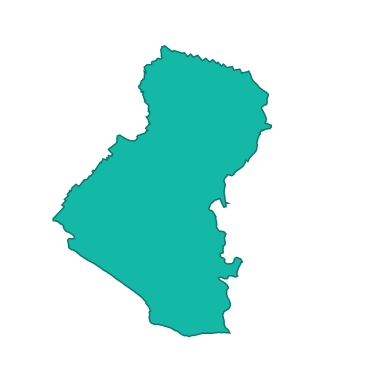 Ursulo Galván, Veracruz, Mexico, rotated 122°
{"feature_id": "50627088B70821360053618", "entity_name": "Ursulo Galván", "entity_type": "district", "adm_level": 2, "iso_a3": "MEX", "parent_name": "Mexico", "parent_adm1": "Veracruz", "projection": "equal_earth", "projection_center": [-96.381, 19.446], "detail": "fine", "context": "isolated", "style": "filled", "palette": "teal", "viewbox_px": 384, "rotation_deg": 122, "n_neighbors": 0, "source": "geoboundaries", "source_scale": "gbopen_adm2", "svg_char_len": 6067}
<svg xmlns="http://www.w3.org/2000/svg" viewBox="0 0 384 384"><g transform="rotate(122 192 192)"><path d="M59.4,207.9L61.0,208.9L64.8,213.1L62.5,216.5L66.5,221.1L64.3,224.2L68.1,228.5L66.9,233.0L69.5,233.9L68.3,238.8L69.9,239.3L68.8,244.4L72.3,245.9L71.4,251.2L75.2,252.8L73.0,259.6L76.9,262.3L75.7,266.1L79.5,267.6L77.9,272.4L79.4,273.7L81.7,282.5L83.6,283.0L82.5,292.6L83.7,293.3L85.0,294.6L85.9,294.0L87.9,293.8L91.8,290.6L92.9,290.1L93.8,289.0L94.8,288.3L95.4,288.4L96.0,289.5L96.3,291.0L97.2,292.0L98.6,292.3L99.2,292.1L99.9,292.3L102.5,294.8L103.5,295.0L105.1,293.9L106.0,294.4L107.8,297.6L111.5,298.7L111.9,298.3L112.2,297.5L113.2,296.8L113.5,295.8L114.6,294.7L115.5,294.3L115.1,296.3L115.7,295.7L117.8,294.4L121.2,292.6L122.0,292.7L122.3,293.5L122.6,293.4L122.7,293.1L123.9,293.3L124.5,293.8L129.3,292.6L129.4,293.1L130.9,293.2L132.0,291.7L132.1,289.7L132.7,289.0L134.0,288.3L134.1,287.4L133.0,287.2L132.5,286.4L132.8,286.1L133.7,286.2L135.5,285.2L136.4,284.3L136.6,283.6L137.2,283.2L138.1,282.3L139.0,280.0L139.7,280.5L140.3,280.4L140.5,280.0L140.5,278.8L141.1,277.5L141.1,276.6L141.0,275.3L143.4,273.5L144.1,273.5L144.4,273.2L144.5,272.6L145.6,272.5L145.8,272.2L145.7,272.0L146.0,271.6L146.6,271.8L146.7,270.9L146.5,270.7L146.7,270.4L147.2,270.5L147.8,269.4L149.9,269.1L150.3,269.3L150.8,269.3L151.3,269.6L151.5,270.0L152.4,270.6L153.6,267.6L156.1,265.2L155.9,264.8L156.1,264.0L156.7,263.6L157.0,264.2L162.6,265.1L163.2,262.2L164.1,262.9L166.8,263.1L167.9,263.6L168.1,264.0L170.1,265.6L171.5,266.5L172.4,267.7L174.1,268.1L174.8,267.1L175.7,266.8L176.8,266.9L178.8,267.6L179.4,268.1L181.4,272.1L182.1,276.6L181.9,278.7L182.3,280.9L181.9,282.7L182.2,283.5L183.5,284.7L184.2,285.0L184.5,284.8L187.1,283.6L188.8,282.3L190.1,282.2L190.7,282.0L199.8,285.4L200.4,285.2L201.5,280.8L201.4,280.1L201.8,279.3L202.1,279.2L202.8,279.6L204.3,279.0L205.3,282.2L207.6,280.8L208.0,282.3L209.8,280.9L211.0,285.0L215.4,284.5L215.3,285.5L225.6,285.7L225.9,287.4L227.5,287.5L227.7,285.9L231.4,286.0L233.1,287.5L236.7,287.5L238.7,289.7L239.0,289.9L247.0,290.7L247.3,290.9L247.0,294.5L251.3,295.7L252.6,295.9L255.8,295.0L255.7,296.4L257.5,295.9L257.7,296.3L260.2,296.4L260.5,294.9L266.0,296.2L266.2,294.3L272.0,295.5L272.4,292.4L288.4,295.6L289.8,294.5L289.0,292.8L288.1,290.2L288.2,289.0L288.7,287.4L288.7,286.3L288.3,285.2L288.6,284.0L289.3,282.6L290.4,282.0L291.0,280.9L292.0,278.4L291.9,276.9L291.3,274.8L291.3,273.4L291.4,270.5L291.8,268.8L292.7,267.9L293.5,267.5L294.1,267.5L294.7,268.0L295.5,269.3L296.1,270.9L296.8,271.6L297.7,272.0L298.7,271.8L299.6,271.2L301.5,269.2L303.1,268.2L303.6,267.3L304.0,267.3L304.6,266.7L304.8,263.5L303.9,261.7L304.1,259.0L303.8,257.7L304.4,257.4L304.5,254.4L304.9,253.3L305.0,247.5L304.9,247.5L305.1,244.4L304.7,240.2L304.5,236.4L304.8,228.2L305.1,226.1L304.9,221.5L305.1,220.0L304.9,219.3L305.4,213.2L305.3,212.9L305.6,212.0L305.8,209.0L306.0,202.4L306.3,200.4L306.3,198.6L306.5,196.5L306.5,194.4L306.8,193.6L306.7,193.2L306.9,189.0L307.3,186.0L307.2,185.3L307.6,182.6L307.5,182.1L308.1,177.8L308.3,177.5L308.5,176.5L308.8,176.1L309.2,174.3L309.9,172.8L310.7,172.1L311.1,171.2L312.2,167.9L313.2,166.4L313.3,166.4L314.2,165.0L315.1,164.1L315.4,164.6L315.9,164.8L316.6,164.3L316.9,164.3L317.6,163.5L318.3,163.2L319.0,162.5L320.4,162.2L321.2,161.8L324.2,158.8L324.5,158.0L324.6,157.2L324.3,154.3L324.0,153.5L321.8,149.8L321.4,148.1L320.6,146.6L320.4,144.7L319.6,142.3L319.2,140.3L318.5,138.3L318.4,132.8L317.8,130.7L317.9,129.5L318.3,127.4L318.1,123.3L317.9,122.2L317.1,121.4L316.5,120.3L316.5,119.5L316.0,117.7L315.3,117.4L313.8,116.1L312.3,114.0L310.5,112.2L309.4,111.4L308.9,110.8L308.2,110.3L307.4,109.2L306.7,108.8L305.9,107.8L305.0,106.0L303.9,104.6L303.1,103.0L300.6,99.5L298.7,97.4L298.5,96.6L297.3,95.6L296.1,93.3L293.8,89.8L293.6,89.1L292.0,86.4L291.6,85.3L290.0,87.7L289.1,92.1L287.0,94.8L284.4,96.4L280.2,100.7L276.4,101.5L272.2,99.2L270.7,98.9L268.5,99.2L266.5,100.2L264.6,102.4L263.2,104.9L261.9,106.9L259.5,109.1L256.6,110.6L254.2,110.3L253.3,111.1L252.4,112.9L251.8,115.0L251.8,117.7L252.0,121.0L251.7,123.0L251.2,123.6L250.3,123.8L249.5,123.1L248.5,121.0L248.4,118.7L247.8,117.6L247.0,116.4L245.9,116.1L244.9,116.5L243.8,116.4L242.8,115.4L242.2,114.2L241.2,111.1L241.1,110.1L240.1,109.3L239.1,108.8L238.6,109.7L238.1,110.3L235.4,111.6L234.6,111.8L230.2,112.6L228.8,112.5L226.2,113.1L225.1,112.2L224.5,112.3L224.0,113.1L223.0,115.5L223.4,117.1L223.4,118.3L223.9,119.6L225.4,120.4L226.5,120.5L227.2,120.3L227.7,119.8L228.9,119.6L231.6,120.2L234.3,123.9L234.6,125.4L234.2,127.0L233.6,127.8L231.9,128.3L231.5,129.6L231.5,131.0L231.9,133.6L230.8,134.1L230.4,134.9L229.7,135.5L229.2,135.4L228.2,134.4L226.9,133.3L224.6,135.2L223.4,135.6L221.4,137.0L220.0,136.2L219.0,136.3L217.4,136.9L213.8,140.2L210.0,141.0L209.3,141.3L208.9,143.7L209.0,144.5L209.2,145.1L210.8,148.1L209.5,151.5L208.5,152.8L207.5,153.4L206.5,153.8L203.8,156.0L200.3,159.5L200.1,159.0L197.6,164.0L197.4,165.6L197.9,167.1L197.9,168.4L196.4,169.2L195.0,169.2L194.0,169.6L192.1,170.0L192.0,169.9L190.5,169.2L186.3,168.2L186.2,167.6L185.7,167.1L185.1,166.9L182.8,164.8L186.1,160.1L188.0,156.9L186.3,155.3L184.0,157.3L182.4,155.5L182.9,158.2L175.1,164.8L170.9,166.7L170.1,166.8L168.4,167.3L165.8,170.6L164.6,171.3L162.8,171.5L160.2,170.9L158.7,171.2L158.1,170.1L157.2,167.1L156.8,166.6L154.1,165.8L153.9,166.0L151.4,165.7L143.3,162.4L139.4,162.3L138.6,162.8L136.6,163.3L136.6,160.8L136.4,160.8L132.4,161.2L129.5,160.5L128.1,160.5L126.6,159.9L124.5,159.6L122.7,159.6L121.7,159.8L117.0,161.8L117.0,162.0L116.1,163.1L111.4,164.5L108.9,165.0L106.6,164.8L106.2,165.0L106.1,166.1L102.5,165.5L102.8,164.8L99.5,162.7L96.7,159.4L95.1,159.2L93.4,160.0L94.0,162.8L94.1,164.8L94.8,165.5L95.0,166.7L92.9,166.7L90.6,167.8L88.6,170.0L87.6,171.8L86.1,173.9L84.3,177.5L83.1,177.8L80.8,177.0L79.7,176.5L78.9,175.5L77.7,175.3L76.5,175.6L73.9,177.4L72.2,178.0L70.7,178.2L69.4,178.6L68.7,179.1L68.3,180.7L68.1,182.8L68.2,186.2L67.8,187.9L67.8,189.2L67.6,190.7L66.3,193.9L65.7,197.8L65.2,199.2L64.0,201.7L61.8,204.0L59.4,207.9Z" fill="#14b8a6" stroke="#0f766e" stroke-width="1.5"/></g></svg>